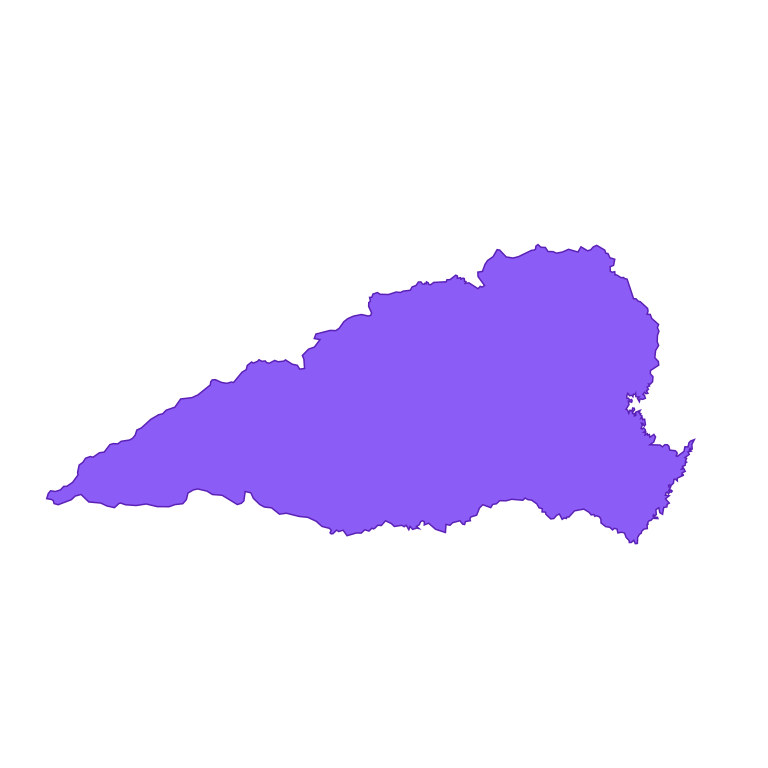 Medio Atrato (Beté), Chocó, Colombia (Albers equal-area conic projection), rotated 189°
{"feature_id": "7082276B17013880517014", "entity_name": "Medio Atrato (Beté)", "entity_type": "district", "adm_level": 2, "iso_a3": "COL", "parent_name": "Colombia", "parent_adm1": "Chocó", "projection": "albers", "projection_center": [-76.768, 6.011], "detail": "fine", "context": "isolated", "style": "filled", "palette": "violet", "viewbox_px": 768, "rotation_deg": 189, "n_neighbors": 0, "source": "geoboundaries", "source_scale": "gbopen_adm2", "svg_char_len": 6094}
<svg xmlns="http://www.w3.org/2000/svg" viewBox="0 0 768 768"><g transform="rotate(189 384 384)"><path d="M699.2,218.0L694.2,217.9L692.4,217.1L691.2,214.3L686.9,213.8L674.7,220.8L671.5,225.0L665.9,227.5L657.1,221.3L645.1,222.1L638.6,220.2L630.9,219.7L627.0,224.6L625.5,225.2L620.4,224.3L609.8,225.2L600.1,228.3L588.8,227.4L577.0,229.2L571.6,232.2L564.0,234.3L561.1,238.9L560.6,245.6L555.7,249.6L551.5,251.2L542.1,250.5L536.1,248.0L526.5,248.8L510.0,242.0L506.2,243.9L504.1,246.7L504.3,256.1L498.5,255.7L495.1,250.6L487.8,245.5L483.0,243.8L475.7,244.1L466.9,239.1L460.1,241.1L447.1,239.9L438.5,240.4L429.7,237.9L422.9,233.6L415.3,232.9L413.2,231.3L414.0,228.6L412.7,227.7L411.0,228.2L407.9,232.3L405.7,231.2L401.5,233.2L396.8,228.4L387.8,232.6L383.1,233.2L380.2,237.0L375.8,236.4L373.4,239.7L371.7,239.2L370.5,240.1L368.1,243.5L364.5,243.8L361.1,249.1L354.9,247.3L351.5,244.9L344.4,247.2L341.7,246.2L340.0,248.0L336.7,244.0L336.0,247.3L332.9,244.9L329.3,246.8L326.8,246.7L329.6,248.4L327.2,250.5L326.2,253.9L324.6,254.9L322.6,254.3L322.2,251.1L318.2,253.5L310.4,248.6L300.1,246.9L300.8,255.0L296.7,254.8L294.5,257.8L287.6,260.8L284.4,257.9L282.4,257.8L282.0,260.9L277.3,262.5L278.1,264.1L277.4,266.3L272.0,268.9L270.3,276.4L267.6,280.2L259.2,278.6L257.8,282.1L254.2,283.3L251.4,286.9L245.2,287.7L239.9,290.1L228.7,290.9L226.8,293.4L223.8,292.3L220.1,292.4L214.3,289.5L211.5,286.0L208.1,285.5L207.9,282.4L204.5,282.7L203.7,280.6L198.2,276.8L195.2,277.7L192.9,281.4L190.4,283.0L186.9,278.2L184.9,279.9L182.8,279.7L182.5,281.3L180.6,281.5L176.0,288.5L167.1,291.7L161.3,289.3L158.9,287.1L156.4,287.9L155.1,286.3L153.9,287.1L150.4,286.5L148.6,284.3L147.9,280.7L142.7,277.8L138.6,277.8L135.4,275.6L134.0,277.4L131.2,277.2L129.7,273.5L125.9,274.8L123.1,274.4L120.9,270.4L117.4,267.7L116.9,265.8L114.9,266.2L112.9,268.7L110.8,265.6L108.8,266.2L109.5,272.2L108.1,275.5L106.5,276.9L106.6,278.6L104.5,281.4L101.3,282.4L102.2,286.4L101.3,286.8L101.8,288.5L100.7,290.5L99.0,291.0L97.5,293.4L92.4,293.9L93.0,295.1L96.1,294.7L97.6,295.8L97.4,297.0L95.7,296.3L94.6,297.7L95.8,302.4L93.2,304.8L91.5,300.1L88.5,298.9L88.4,305.9L85.4,306.8L85.4,309.6L83.6,311.0L88.0,314.6L84.9,318.2L88.7,318.1L88.3,321.0L87.4,321.5L85.7,320.0L85.0,322.1L83.4,322.0L82.6,323.3L84.0,324.2L86.0,323.2L84.8,327.1L86.8,327.1L87.0,328.4L86.5,329.1L84.7,328.5L82.6,331.3L82.7,335.2L81.5,335.6L79.1,334.2L79.7,336.8L74.1,340.6L74.4,341.4L75.6,341.0L75.5,343.1L72.8,344.8L74.6,347.3L76.7,346.6L75.5,348.3L76.3,349.4L73.9,350.7L74.0,352.9L72.9,354.1L74.2,354.5L73.5,357.8L75.2,358.4L71.5,362.2L73.1,364.5L70.3,365.6L72.2,366.5L71.6,368.3L70.3,367.1L69.4,368.0L70.5,372.4L68.8,377.6L72.3,375.6L73.6,373.7L73.9,369.5L77.0,369.0L77.1,364.4L83.1,358.3L84.2,358.8L83.5,361.1L84.3,362.6L86.0,363.7L91.4,363.4L92.9,367.1L94.5,368.3L97.1,368.0L99.2,365.5L101.7,366.9L111.9,365.6L108.5,368.9L107.5,374.2L109.5,376.4L113.1,373.0L114.0,375.6L115.6,374.8L116.1,376.1L118.2,374.6L117.9,377.2L119.8,377.1L118.3,378.3L118.9,379.8L120.7,381.2L122.1,379.9L123.2,380.4L122.4,383.8L123.6,385.6L122.2,385.5L120.3,383.2L119.4,384.7L121.1,390.0L122.8,389.1L123.4,390.8L125.0,390.1L124.1,392.7L126.1,393.7L125.7,394.9L127.7,395.5L126.8,398.0L130.9,395.6L130.4,392.4L131.7,391.6L132.1,394.1L133.8,393.8L134.2,394.9L132.5,397.7L133.0,399.2L134.6,399.2L134.9,396.0L136.9,396.6L137.7,393.4L139.2,396.3L141.0,396.8L138.8,402.0L140.0,405.2L136.6,404.7L136.3,406.1L137.0,407.4L138.7,406.4L140.3,408.2L141.8,407.9L142.4,410.1L141.7,412.9L139.7,410.8L137.4,411.6L136.2,410.4L136.0,413.0L134.4,412.9L134.0,414.1L133.3,410.9L130.0,411.1L131.4,409.4L129.0,406.5L128.8,409.4L126.1,409.3L123.6,410.8L125.1,413.7L126.6,414.2L125.3,416.6L123.7,415.4L121.9,416.1L123.7,418.4L122.0,420.0L123.6,422.2L121.4,423.6L122.7,425.4L120.9,425.6L119.1,428.3L119.5,433.3L122.5,435.7L122.9,439.0L115.6,445.6L116.6,449.2L120.6,452.3L121.0,459.5L118.8,465.0L120.8,468.5L121.5,474.7L120.7,479.1L122.8,482.4L122.1,485.7L129.9,490.7L131.9,494.4L135.0,494.0L134.6,497.3L135.5,499.9L143.8,505.4L145.7,505.5L148.5,507.6L150.8,507.2L160.3,525.6L163.3,525.8L163.9,526.7L166.5,526.1L171.2,528.1L172.8,527.9L173.7,531.0L176.0,530.1L178.1,530.7L179.0,535.2L175.8,537.1L175.6,543.3L180.6,544.0L183.2,547.9L185.4,547.9L186.9,550.8L195.6,554.2L198.8,552.1L200.8,548.9L203.7,547.4L210.9,550.3L213.1,544.7L222.8,545.9L228.3,542.3L234.1,540.2L237.8,541.2L242.7,540.5L246.0,544.1L250.4,543.6L253.7,545.8L255.5,544.0L255.5,540.9L256.5,539.8L259.2,539.1L271.3,530.7L276.3,528.6L283.2,528.6L290.7,534.4L293.3,534.4L296.2,526.8L301.0,522.2L302.9,518.2L304.4,510.6L308.8,509.2L307.9,504.8L300.1,497.0L302.3,495.0L304.2,495.5L306.0,492.8L315.9,497.2L319.6,496.1L319.1,498.0L320.5,498.0L321.2,500.7L322.5,500.9L324.5,499.6L325.0,501.0L328.1,499.9L328.4,502.2L330.2,502.7L335.1,497.4L338.1,496.9L338.5,494.7L350.8,492.1L353.5,489.3L355.6,489.5L356.2,490.9L358.0,491.5L358.1,489.6L359.3,490.0L359.9,488.8L361.8,488.9L363.5,490.6L366.0,490.1L367.7,486.4L371.5,484.2L372.7,480.7L379.7,478.7L381.9,477.0L386.5,476.7L393.5,473.1L401.9,472.0L404.8,473.3L409.0,471.1L409.6,467.8L411.8,467.3L410.4,463.6L411.8,462.0L411.3,458.2L407.4,452.3L407.9,449.6L410.3,448.7L417.2,449.1L424.7,446.3L429.9,443.0L433.4,439.3L436.9,432.1L439.9,429.2L445.6,428.5L459.0,422.7L460.0,418.0L454.2,417.8L458.5,409.6L464.0,406.6L469.1,399.4L467.0,396.0L464.9,386.9L469.6,385.5L472.5,388.9L477.7,389.2L485.1,392.4L486.6,390.9L492.1,389.4L495.6,390.2L500.5,386.6L503.3,386.7L504.9,388.2L508.1,387.3L511.3,388.4L512.3,386.7L516.3,384.2L518.2,385.0L522.0,380.9L522.3,376.6L526.1,373.4L532.8,362.0L535.2,362.0L539.2,360.1L544.6,360.1L551.2,361.9L554.3,361.2L555.5,359.1L555.4,355.9L566.0,344.2L571.5,340.5L582.5,337.4L586.9,328.4L595.0,324.1L598.0,319.9L601.8,318.4L608.9,312.5L616.8,302.6L620.9,299.9L621.8,294.4L623.8,291.1L626.5,288.9L634.6,286.3L637.6,283.2L642.0,282.8L645.2,281.3L649.7,273.0L654.3,271.6L659.9,266.2L662.8,266.4L667.2,264.0L669.1,259.6L672.4,256.3L672.8,248.9L672.0,246.3L676.2,238.1L681.3,233.3L684.3,232.8L687.0,228.8L691.5,226.5L696.7,226.3L698.5,223.2L699.2,218.0Z" fill="#8b5cf6" stroke="#5b21b6" stroke-width="1.5"/></g></svg>